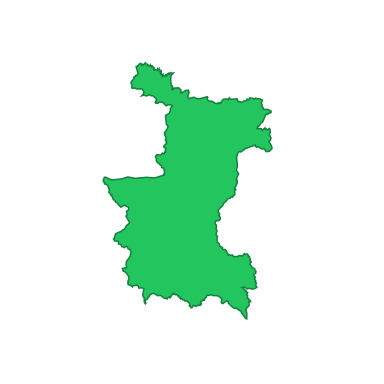 the district of Mueang Tak, Tak, Thailand, rotated 130°
{"feature_id": "78962969B62571443706919", "entity_name": "Mueang Tak", "entity_type": "district", "adm_level": 2, "iso_a3": "THA", "parent_name": "Thailand", "parent_adm1": "Tak", "projection": "orthographic", "projection_center": [99.229, 16.887], "detail": "fine", "context": "isolated", "style": "filled", "palette": "green", "viewbox_px": 384, "rotation_deg": 130, "n_neighbors": 0, "source": "geoboundaries", "source_scale": "gbopen_adm2", "svg_char_len": 6062}
<svg xmlns="http://www.w3.org/2000/svg" viewBox="0 0 384 384"><g transform="rotate(130 192 192)"><path d="M254.0,68.5L249.7,72.0L247.1,75.5L245.9,75.3L244.6,76.0L243.8,75.2L242.0,75.4L239.8,77.8L238.3,76.6L237.6,78.4L238.1,79.2L237.4,80.2L237.7,81.4L235.3,83.0L235.7,83.7L235.2,84.3L233.4,84.7L234.1,85.5L233.3,86.0L233.5,87.0L232.6,87.8L233.5,88.5L232.7,90.4L233.0,92.2L231.1,90.8L230.7,87.6L228.8,86.0L227.9,83.7L226.6,82.4L223.4,81.0L222.4,83.3L220.2,84.4L220.3,85.8L219.0,86.1L218.3,88.4L216.5,88.7L216.3,91.1L214.7,91.7L213.6,90.9L211.6,92.0L211.5,93.4L210.5,94.6L211.0,97.0L210.1,101.2L207.3,101.8L207.5,103.1L205.7,104.5L205.5,105.8L204.5,106.3L204.8,107.9L204.1,108.6L204.0,110.1L205.6,111.2L205.6,112.3L208.6,112.3L210.6,115.2L212.1,115.5L214.3,118.1L214.7,119.6L214.3,120.8L215.4,121.3L216.0,123.0L217.1,123.7L216.3,124.7L215.8,127.3L215.1,127.5L214.7,129.4L215.9,131.3L215.7,132.5L214.9,133.0L215.6,135.8L214.0,138.3L214.1,140.6L210.9,143.5L209.6,143.8L209.6,145.3L208.7,146.6L205.4,148.0L205.1,149.6L202.2,151.4L201.5,152.6L201.8,153.3L200.5,154.9L198.5,155.1L197.0,153.3L195.7,152.7L194.3,153.2L193.1,154.5L192.8,156.3L191.0,156.6L190.7,158.7L189.0,160.3L182.5,159.8L179.8,160.5L178.0,159.9L173.9,160.2L172.4,158.8L170.7,158.8L169.8,157.5L169.0,157.9L166.5,157.5L163.4,160.4L162.0,159.9L161.5,161.7L156.3,163.0L153.9,165.0L154.3,166.1L148.1,168.0L146.8,172.1L142.9,173.8L136.9,180.1L131.9,182.2L130.5,181.5L130.0,180.4L124.1,178.8L115.3,173.7L116.3,172.6L116.2,171.3L114.9,170.5L114.0,165.9L112.4,164.1L113.3,162.1L113.2,160.8L111.1,158.9L107.3,158.6L105.7,160.4L103.8,165.6L102.2,165.1L99.8,166.2L98.4,169.4L96.0,170.4L93.8,172.5L93.7,173.7L95.8,173.9L96.2,174.9L95.8,175.5L96.8,176.3L96.0,177.3L99.6,177.7L99.0,179.6L101.6,182.9L99.4,183.7L99.2,183.1L97.3,183.1L94.3,183.6L93.3,182.8L84.7,185.4L84.0,184.0L81.8,183.5L80.5,182.5L79.2,183.4L80.1,187.1L82.7,190.3L82.5,191.2L81.5,192.0L81.7,193.4L80.2,194.2L79.4,196.1L76.3,197.0L77.1,200.2L78.7,202.0L79.2,203.7L80.9,204.0L81.1,205.6L82.7,208.1L84.9,207.9L85.3,209.5L87.4,209.1L89.1,210.9L91.3,211.3L92.0,213.5L93.2,215.0L91.6,217.3L96.2,222.0L95.9,223.9L96.7,224.2L98.0,223.7L98.7,225.5L100.8,227.7L103.9,227.6L105.1,226.9L105.7,228.0L106.6,227.9L106.9,229.4L108.0,229.5L109.1,231.2L109.5,234.7L111.6,237.9L110.8,240.7L109.3,240.8L109.1,241.5L115.6,246.1L117.4,248.4L118.2,251.5L122.3,254.3L121.6,256.8L117.8,258.1L116.3,260.2L118.4,262.1L123.0,263.7L123.1,264.5L121.1,265.8L120.7,269.1L124.2,272.8L125.5,272.2L126.4,273.1L123.3,275.1L123.8,276.4L119.5,280.7L116.2,282.9L112.9,282.8L114.1,283.8L114.0,284.8L116.3,285.2L115.8,286.0L116.8,286.0L116.6,286.5L118.4,286.9L119.1,286.1L120.0,286.3L119.6,287.5L120.5,287.4L121.6,288.3L120.6,289.7L122.2,289.4L121.1,290.6L121.8,291.4L121.1,291.7L121.3,292.5L120.4,292.4L120.3,293.5L119.7,292.8L119.0,293.3L119.2,296.0L118.7,296.6L120.7,296.4L120.2,297.3L120.9,296.9L121.9,298.8L122.9,299.2L122.9,300.1L121.2,300.6L121.4,302.9L120.9,303.3L121.2,303.9L122.1,303.5L122.3,304.3L121.7,305.0L122.3,304.8L122.1,305.7L122.8,305.7L123.0,307.2L123.8,307.4L122.8,308.1L123.4,310.0L123.1,310.9L125.9,310.6L125.8,311.3L127.0,312.0L126.4,312.6L126.8,312.7L126.4,313.5L126.8,314.4L130.9,314.8L131.8,315.5L136.0,309.4L137.8,309.2L138.8,310.0L139.9,309.8L140.9,310.5L142.7,309.4L146.4,309.4L147.5,309.0L148.7,306.5L151.0,305.2L150.6,303.9L149.0,302.6L148.7,300.8L145.2,296.4L145.9,293.7L147.9,292.2L150.5,292.3L149.0,291.3L147.5,288.4L144.8,287.1L144.8,285.6L143.5,284.0L143.5,279.5L144.4,278.4L147.1,277.8L147.2,276.6L146.1,275.2L144.1,274.8L142.1,271.8L142.6,267.2L140.2,266.0L138.4,263.3L138.5,262.6L142.1,262.3L142.9,261.2L146.4,260.0L149.7,261.3L150.8,261.2L156.8,254.9L156.6,253.5L157.2,252.5L159.6,251.5L164.6,251.1L164.9,250.0L166.0,249.5L166.8,246.9L169.6,245.5L169.5,244.4L170.4,243.9L170.6,242.9L174.9,243.1L175.9,242.1L175.3,240.1L178.0,238.9L178.7,237.9L179.5,238.5L180.6,237.9L181.3,239.7L183.8,239.7L185.8,242.7L187.3,243.1L188.4,242.7L189.2,240.8L191.1,239.4L191.7,237.3L191.2,235.6L191.7,234.9L191.5,232.2L192.8,231.0L192.1,229.5L192.3,228.5L194.9,225.3L196.7,225.1L197.0,224.3L205.2,229.6L209.9,236.2L218.0,244.3L221.7,250.8L227.3,254.4L234.4,261.3L236.3,267.9L237.1,268.5L239.2,268.0L241.0,266.6L240.9,265.2L242.0,264.3L241.1,261.8L241.2,260.3L242.7,258.6L243.0,257.1L245.7,255.5L246.0,252.8L246.6,252.2L246.0,251.5L246.8,251.1L247.0,249.5L248.3,247.7L248.1,245.4L248.8,243.9L248.4,241.8L249.1,240.3L249.4,236.7L245.6,235.4L244.5,230.5L246.6,229.0L248.9,229.8L251.1,227.1L252.9,227.1L255.5,220.5L256.3,219.9L259.8,220.6L263.9,219.8L265.7,220.8L267.2,220.8L272.6,223.5L273.9,223.5L276.8,221.9L278.3,221.9L279.3,219.9L277.1,216.6L279.1,214.9L278.0,213.3L278.9,210.4L278.3,209.4L278.4,208.3L275.9,207.5L275.6,206.8L276.6,204.3L275.8,202.6L277.4,199.9L281.2,198.0L287.5,197.5L289.8,196.0L291.9,193.5L295.3,196.2L295.9,194.7L296.8,194.3L296.1,191.0L297.3,186.4L298.5,184.9L301.6,183.7L302.1,182.7L302.9,182.8L304.0,181.3L303.0,179.1L303.0,176.8L302.3,177.2L298.7,174.4L298.6,172.8L299.7,170.7L297.4,168.7L297.1,166.6L302.4,163.7L303.6,162.2L303.7,160.7L307.1,157.7L307.7,155.9L306.8,155.9L306.2,157.2L304.4,158.1L302.5,157.3L301.1,157.9L299.5,157.6L298.1,158.3L295.4,157.1L294.0,155.6L293.6,151.8L291.4,149.6L291.2,145.2L289.7,142.2L289.2,142.7L286.9,142.1L287.2,140.8L281.8,141.3L282.2,140.5L281.2,139.9L281.5,138.7L280.6,137.9L280.4,135.7L281.0,135.0L280.5,134.7L280.3,133.3L281.0,133.0L280.6,132.0L281.1,131.7L280.3,131.2L280.5,129.8L279.7,128.4L280.1,127.6L278.7,125.8L278.8,122.7L280.2,120.6L280.7,120.9L281.3,118.2L280.5,117.6L278.1,118.2L276.9,115.3L276.2,115.4L274.0,113.4L272.8,113.6L273.0,112.7L271.7,112.8L270.6,114.6L269.2,114.8L268.6,114.0L267.8,114.2L267.2,113.2L266.8,113.8L265.5,113.3L264.8,113.9L263.5,113.4L261.5,114.2L260.3,112.5L258.6,111.6L258.0,109.5L255.3,106.1L254.7,104.4L254.7,101.0L255.9,99.4L257.5,99.0L258.1,97.4L257.6,96.6L253.2,95.6L252.5,94.3L253.8,92.6L254.2,87.1L253.8,84.7L252.1,82.7L252.5,81.5L252.0,79.9L252.4,79.6L251.7,78.1L252.7,76.5L254.4,69.4L254.0,68.5Z" fill="#22c55e" stroke="#15803d" stroke-width="1.5"/></g></svg>